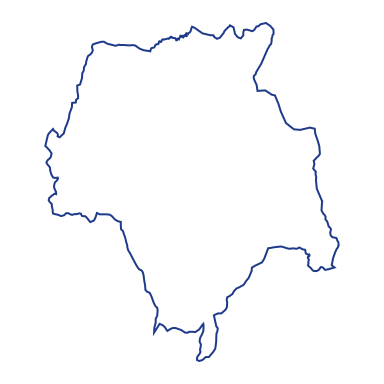 the district of Okere, Eastern, Ghana
{"feature_id": "2480657B59311092791004", "entity_name": "Okere", "entity_type": "district", "adm_level": 2, "iso_a3": "GHA", "parent_name": "Ghana", "parent_adm1": "Eastern", "projection": "equal_earth", "projection_center": [-0.101, 6.04], "detail": "fine", "context": "isolated", "style": "outline", "palette": "blue", "viewbox_px": 384, "rotation_deg": 0, "n_neighbors": 0, "source": "geoboundaries", "source_scale": "gbopen_adm2", "svg_char_len": 5796}
<svg xmlns="http://www.w3.org/2000/svg" viewBox="0 0 384 384"><path d="M338.4,242.4L337.4,240.7L336.4,238.0L332.4,237.2L330.7,235.4L330.2,232.8L331.0,229.3L330.2,227.8L328.6,226.4L328.2,224.7L327.3,221.7L326.5,220.6L325.5,219.5L325.4,219.0L325.4,218.6L325.6,217.5L325.6,217.0L325.4,216.3L324.5,214.9L323.2,213.5L321.5,210.5L321.9,204.0L322.0,203.6L321.9,202.7L322.0,202.0L322.3,201.2L322.2,201.0L321.9,200.7L316.8,188.7L315.9,179.3L316.2,178.1L316.2,177.5L316.1,176.7L315.6,174.3L315.6,172.9L315.7,172.3L315.9,171.9L313.2,168.6L314.4,164.1L313.7,160.7L315.4,159.1L316.4,157.8L318.3,156.2L319.1,155.2L319.9,153.9L319.3,146.3L318.0,141.6L315.2,133.4L314.7,128.7L309.9,127.6L300.1,129.9L293.9,129.3L286.0,123.1L280.8,111.5L278.4,103.7L274.9,95.4L271.8,94.7L265.2,90.4L257.5,90.9L256.6,84.9L254.3,79.9L254.0,78.9L253.8,78.2L253.7,77.2L253.8,76.4L254.0,75.8L254.5,75.3L255.3,74.6L255.6,74.3L256.2,72.1L261.2,63.8L267.8,48.7L268.2,48.3L269.6,45.5L270.9,44.2L271.2,43.7L271.7,40.4L271.6,38.7L272.2,37.2L272.5,35.3L273.6,33.8L273.4,29.5L270.1,25.8L265.9,23.0L260.7,24.2L258.3,26.3L256.5,26.5L254.2,30.0L252.3,31.2L247.0,29.6L244.0,29.9L243.3,32.2L243.3,35.4L240.8,38.4L237.7,37.2L234.9,33.7L234.4,31.0L233.5,27.3L230.0,25.4L229.7,26.2L228.6,26.8L224.6,30.9L224.1,31.8L223.7,32.9L219.9,37.7L217.1,38.8L214.4,37.1L214.1,36.8L213.5,35.3L210.1,35.2L202.4,33.3L194.6,27.8L192.1,26.7L191.2,28.7L191.1,29.8L190.7,30.5L190.6,31.1L189.9,32.3L188.3,33.3L187.7,34.6L187.4,34.6L186.7,33.3L186.3,33.2L186.1,33.5L186.2,33.8L186.1,35.3L186.5,35.5L186.5,36.1L185.9,36.1L185.5,35.7L185.3,35.8L184.7,35.1L183.8,35.7L183.7,35.9L183.9,36.2L183.7,36.8L183.3,37.3L183.1,37.0L182.8,36.1L182.5,35.9L182.2,36.1L182.3,36.9L182.0,37.0L181.8,36.8L181.2,35.8L180.9,35.6L180.5,35.7L180.2,36.1L180.1,36.5L180.2,37.0L179.3,38.3L179.0,39.2L178.8,39.0L178.5,39.0L178.0,38.6L177.6,39.0L177.6,39.4L177.2,39.9L176.7,40.3L176.3,40.3L175.9,39.7L176.0,38.9L175.4,38.2L173.1,38.0L172.3,37.7L172.2,37.3L171.9,37.3L171.1,36.7L170.5,36.9L170.4,37.6L170.2,37.9L169.9,38.1L169.1,38.2L168.6,38.8L167.9,38.5L163.8,39.6L163.5,39.3L162.2,39.7L161.7,40.3L161.6,41.0L161.2,41.8L160.8,42.0L160.5,42.0L159.6,41.3L159.2,41.4L158.9,41.9L158.5,43.8L158.2,44.1L157.9,44.0L155.8,44.6L155.2,45.3L154.8,46.4L154.4,47.1L153.7,47.7L153.1,47.8L151.9,47.9L151.4,48.2L150.7,49.4L150.3,51.3L143.1,50.1L142.2,49.6L141.0,49.2L139.2,48.4L135.4,45.6L133.0,45.1L129.0,45.4L123.1,45.0L120.3,45.0L119.0,44.7L115.5,45.8L110.6,44.5L108.8,44.2L106.9,43.5L104.0,41.8L102.2,41.7L100.5,42.0L94.7,43.7L92.9,44.4L91.9,46.7L92.8,50.5L91.9,52.8L91.0,53.5L90.4,54.4L89.9,54.8L88.5,55.6L88.0,56.2L87.6,56.9L86.1,62.0L86.0,63.9L84.0,67.3L83.7,70.7L82.3,73.3L82.0,78.1L80.5,83.0L80.3,84.0L80.1,84.4L79.2,84.9L77.9,85.2L77.2,85.6L77.4,91.6L78.1,95.3L78.1,98.2L76.1,99.9L75.9,100.7L75.8,102.5L72.1,102.9L71.9,107.2L69.5,113.5L68.9,118.2L67.3,123.0L65.3,127.9L63.8,133.4L59.6,137.3L57.6,136.3L57.8,135.7L57.9,135.0L57.8,134.3L57.5,133.7L56.9,132.8L54.0,130.7L53.0,129.0L49.1,133.2L48.5,134.0L47.8,135.3L45.3,146.0L46.4,146.9L49.5,150.3L51.6,153.4L50.7,157.2L49.2,158.9L47.7,160.1L46.7,161.8L46.4,162.6L47.6,164.7L49.2,166.3L50.1,168.0L50.1,170.1L50.7,172.5L51.6,175.0L53.1,177.5L55.3,178.0L57.7,177.6L58.0,178.8L56.5,180.9L54.9,182.5L54.3,184.6L54.0,186.2L54.0,186.6L54.6,189.1L56.1,192.0L56.1,194.1L54.6,193.7L51.8,195.7L49.1,198.2L48.7,200.3L49.7,201.9L51.8,204.0L51.8,206.1L52.7,209.8L52.7,211.9L53.0,213.5L56.1,214.4L58.2,214.8L61.0,216.1L64.0,215.3L66.2,213.2L68.3,213.2L69.9,214.1L72.0,214.9L74.5,214.1L76.9,214.1L79.4,213.3L80.9,213.7L81.8,215.8L83.1,216.2L85.2,216.2L87.0,217.9L88.9,220.4L90.4,222.1L94.1,220.4L95.6,217.1L96.9,213.0L99.6,214.3L106.4,214.3L109.8,214.7L112.2,216.4L114.7,219.3L117.4,221.0L118.6,221.4L120.8,221.9L120.8,226.0L121.1,229.3L122.9,231.0L124.1,234.7L125.3,238.0L126.2,242.2L127.1,244.7L127.4,247.6L128.3,250.5L129.9,253.0L136.0,264.6L137.5,267.1L139.0,269.2L141.5,270.4L142.7,272.1L143.6,275.4L144.2,280.4L145.1,285.3L145.4,289.9L146.9,291.6L149.7,292.8L151.5,296.6L153.9,303.2L155.7,306.5L157.3,307.8L157.6,310.7L157.2,315.6L155.7,318.9L155.7,322.7L154.4,327.2L154.1,332.6L159.6,323.9L162.8,325.3L165.0,327.3L166.2,329.3L167.4,330.9L170.4,329.0L172.8,328.0L175.5,328.0L181.2,330.0L185.3,332.7L187.8,332.7L189.0,331.8L192.7,331.8L195.2,332.1L199.1,329.5L200.6,327.5L202.1,325.2L203.3,323.9L203.5,325.2L203.5,327.9L203.3,331.2L201.8,334.8L200.6,336.8L199.8,339.4L199.6,341.8L200.8,344.1L200.8,346.1L200.0,350.0L200.5,352.0L199.3,354.3L197.8,356.0L197.0,358.0L197.0,360.0L199.2,361.0L202.4,360.0L205.9,357.0L208.8,357.1L213.3,351.8L215.2,348.8L215.7,345.8L216.2,341.2L216.3,336.6L216.5,333.3L217.3,331.6L217.8,328.3L216.3,326.3L213.9,315.4L215.6,314.4L218.1,313.4L221.3,313.4L224.0,311.1L225.7,309.5L226.9,307.2L227.2,302.6L226.7,299.9L227.2,297.3L229.7,296.0L232.4,294.0L234.1,291.0L236.6,288.4L239.0,287.4L243.7,284.8L245.9,281.2L248.7,277.9L251.6,271.0L251.9,267.6L255.1,265.7L262.0,262.4L264.2,258.8L268.2,248.2L270.9,247.9L273.6,247.3L281.0,246.5L282.4,246.8L288.4,248.7L291.0,248.7L293.1,248.3L295.5,248.7L297.0,248.7L298.0,248.3L299.2,247.5L299.4,247.5L300.1,247.8L301.9,249.0L304.1,249.7L305.0,249.7L305.3,250.1L305.5,252.2L305.9,253.5L307.8,254.5L308.3,254.7L309.3,254.4L309.4,254.6L309.4,255.7L309.2,256.3L308.2,256.6L307.9,256.9L307.8,257.3L307.9,258.1L308.5,258.9L308.9,259.9L308.3,261.6L308.5,263.4L308.1,264.9L308.0,265.2L308.2,265.8L309.4,266.8L311.1,268.3L312.3,270.0L313.2,270.7L314.2,271.0L316.1,271.1L317.4,270.7L318.6,270.0L319.2,269.4L320.5,267.4L320.8,267.1L321.1,267.0L323.0,267.6L323.4,267.9L324.4,269.3L324.9,269.7L325.5,269.9L327.1,269.4L328.2,269.3L334.5,267.5L331.7,265.2L333.1,258.1L335.0,252.7L336.7,248.9L337.6,247.8L337.9,247.4L338.4,245.6L338.7,245.3L338.5,244.1L338.4,242.4Z" fill="none" stroke="#1e3a8a" stroke-width="2"/></svg>